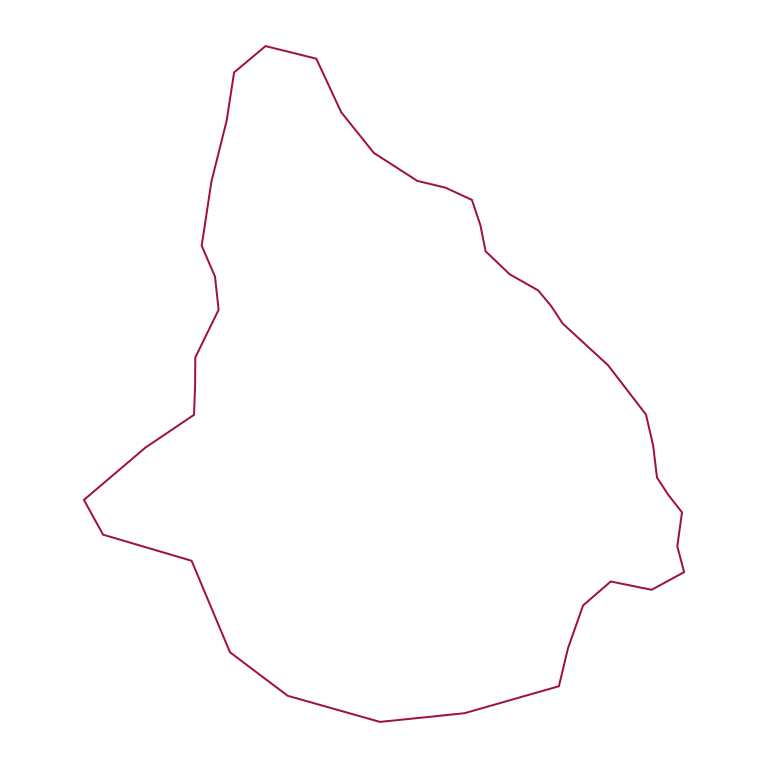 the border of Soroti
{"feature_id": "UGA-3074", "entity_name": "Soroti", "entity_type": "District", "adm_level": 1, "iso_a3": "UGA", "parent_name": "Uganda", "parent_adm1": "", "projection": "robinson", "projection_center": [33.599, 1.795], "detail": "fine", "context": "isolated", "style": "outline", "palette": "rose", "viewbox_px": 768, "rotation_deg": 0, "n_neighbors": 0, "source": "natural_earth", "source_scale": "10m", "svg_char_len": 650}
<svg xmlns="http://www.w3.org/2000/svg" viewBox="0 0 768 768"><path d="M83.9,499.9L145.4,447.6L194.0,414.8L195.1,385.5L195.3,357.5L218.6,309.8L215.0,276.6L201.7,245.7L211.4,181.7L226.6,120.9L234.1,72.4L265.5,46.1L316.3,58.7L341.2,112.2L373.8,152.9L417.3,180.9L445.5,187.7L471.9,199.9L480.5,225.6L485.6,251.3L509.7,274.3L538.1,290.4L551.0,305.8L562.6,323.5L608.0,365.2L646.0,414.6L653.1,445.3L657.0,477.6L668.2,494.7L682.0,512.4L677.3,546.2L684.1,572.1L651.6,589.8L610.7,581.5L583.1,605.4L568.0,648.2L558.9,686.2L464.5,713.2L379.9,721.9L287.7,695.8L230.0,652.3L191.6,560.8L103.1,534.7L83.9,499.9Z" fill="none" stroke="#9f1239" stroke-width="2"/></svg>